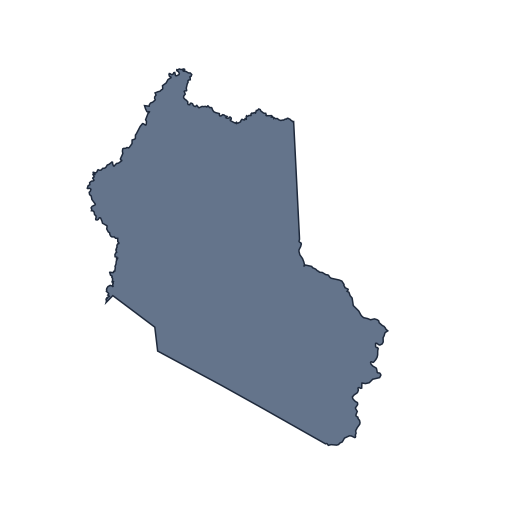 La Mesa, Veraguas, Panama (orthographic projection), rotated 213°
{"feature_id": "35544464B90522605165163", "entity_name": "La Mesa", "entity_type": "district", "adm_level": 2, "iso_a3": "PAN", "parent_name": "Panama", "parent_adm1": "Veraguas", "projection": "orthographic", "projection_center": [-81.193, 8.152], "detail": "fine", "context": "isolated", "style": "filled", "palette": "slate", "viewbox_px": 512, "rotation_deg": 213, "n_neighbors": 0, "source": "geoboundaries", "source_scale": "gbopen_adm2", "svg_char_len": 6107}
<svg xmlns="http://www.w3.org/2000/svg" viewBox="0 0 512 512"><g transform="rotate(213 256 256)"><path d="M102.0,229.7L101.7,230.1L99.9,230.5L99.5,231.3L99.1,234.4L99.3,237.1L100.1,239.3L102.3,242.8L103.1,244.9L104.2,245.4L105.2,244.8L106.4,245.2L108.1,247.8L107.9,248.2L107.0,248.6L104.9,248.4L103.6,248.8L102.3,251.0L102.5,253.2L104.9,256.7L105.1,258.9L105.9,261.4L105.9,262.3L104.7,265.0L107.3,265.4L108.4,266.1L110.3,266.7L112.2,266.5L116.3,267.1L117.9,268.5L119.9,268.5L122.4,267.8L125.2,264.9L128.4,264.3L132.1,262.9L134.2,263.1L136.0,263.7L139.8,265.8L147.4,267.4L152.5,273.1L155.5,274.0L158.3,276.2L160.4,276.0L160.3,277.9L160.7,278.3L164.3,277.9L164.7,278.4L166.3,279.2L166.7,280.1L170.3,281.7L173.1,281.2L180.8,278.3L182.7,278.4L184.6,279.3L185.4,279.3L187.3,278.4L191.4,278.3L194.0,276.9L195.0,277.3L196.5,277.0L198.8,277.5L202.2,277.0L203.6,277.6L209.5,275.4L210.3,273.6L210.7,273.3L210.2,274.0L210.2,274.7L212.6,277.0L215.6,279.2L219.9,280.9L222.6,283.4L223.3,284.7L223.7,288.3L224.5,290.7L225.3,291.4L227.0,291.3L228.0,291.8L228.6,293.7L230.0,295.7L297.7,389.3L298.5,388.6L299.7,389.0L300.7,388.8L301.6,389.2L304.3,388.9L304.8,388.5L305.0,387.4L306.1,386.7L306.9,385.0L308.1,384.2L308.9,383.2L310.8,382.7L313.0,382.9L314.5,381.8L315.9,381.8L316.0,381.1L316.8,381.8L318.6,381.0L318.5,382.0L319.4,382.2L323.7,379.3L324.2,379.4L324.3,379.9L325.6,381.0L326.8,380.2L327.7,380.0L331.1,380.3L332.2,381.1L333.8,380.8L334.1,378.9L335.0,378.3L334.3,375.6L335.5,375.4L336.3,374.0L337.3,373.7L337.6,372.3L336.8,371.4L336.8,371.0L338.5,370.0L339.1,368.5L340.3,368.5L340.1,367.5L338.7,365.5L340.0,365.2L339.7,364.1L340.0,363.6L342.2,363.0L342.4,361.6L342.1,360.0L343.5,357.6L344.0,357.3L345.3,357.6L345.5,356.9L344.6,356.8L344.5,356.5L346.8,356.0L351.2,355.6L351.7,356.2L351.3,357.1L351.6,357.8L352.1,358.3L353.4,358.5L353.7,358.3L353.9,356.8L355.3,355.8L356.5,355.6L356.2,357.3L358.3,356.7L359.5,356.9L360.9,356.4L361.6,354.5L362.6,353.8L363.3,354.1L364.3,355.5L367.8,354.3L369.9,354.0L371.7,354.7L373.8,356.2L374.5,356.1L375.7,355.2L378.1,355.8L378.3,355.6L378.4,354.2L380.0,353.9L381.2,352.8L382.7,352.1L384.4,349.4L385.0,349.2L387.7,350.1L388.3,348.3L389.3,348.0L390.6,348.1L392.1,349.1L393.3,349.0L394.2,348.4L394.0,346.7L395.4,346.1L396.3,346.6L397.1,348.1L399.3,348.7L400.8,348.7L402.7,349.2L403.3,349.8L403.7,351.0L403.5,353.2L405.9,355.0L405.7,355.6L404.3,356.7L404.3,357.1L405.9,358.8L407.4,362.9L407.6,364.8L408.5,365.7L408.4,366.7L407.1,368.0L408.2,369.5L409.0,370.1L408.3,371.3L408.7,373.2L410.8,373.7L412.5,372.7L415.0,372.7L417.5,371.5L418.1,371.6L418.6,372.2L417.4,372.4L417.1,373.2L417.6,373.7L418.4,373.6L420.4,371.5L422.2,371.1L423.0,369.6L423.9,369.2L423.4,368.3L421.3,368.3L419.6,367.2L419.4,366.1L420.6,364.1L421.2,363.6L421.8,363.5L424.1,365.7L424.8,365.0L424.6,363.6L425.1,362.5L425.9,362.1L427.6,362.1L428.1,361.8L427.9,360.9L426.7,359.7L426.2,359.5L424.9,359.8L424.4,359.2L425.9,356.1L425.6,352.2L427.2,347.9L425.5,345.8L425.2,344.8L425.8,344.0L426.3,341.8L427.6,340.5L429.5,337.8L427.5,336.5L427.6,334.2L426.9,333.0L425.7,332.3L425.6,331.6L426.5,328.5L427.5,327.4L427.8,326.6L427.8,324.8L427.2,323.4L431.4,321.4L428.9,319.3L426.2,317.7L425.5,317.7L424.4,318.8L423.9,318.9L423.8,318.2L424.2,316.7L422.8,310.1L421.2,309.3L419.8,306.8L419.7,305.9L420.0,305.6L422.6,305.6L423.3,305.2L423.7,301.5L422.9,293.4L423.0,291.8L421.2,288.9L421.4,287.9L423.1,285.8L421.2,282.8L421.4,278.0L421.7,277.3L423.3,276.7L424.0,275.3L425.7,274.1L426.1,273.3L425.2,271.2L423.5,269.4L422.6,263.5L421.8,263.0L420.7,263.1L420.5,262.7L421.9,259.0L423.4,257.6L424.0,254.0L424.6,253.9L426.4,255.2L427.4,256.5L428.0,256.4L429.1,253.0L430.3,251.3L430.2,248.4L431.0,246.9L432.2,246.2L432.8,243.5L434.0,242.6L435.4,242.4L435.6,241.7L435.2,240.2L435.5,238.8L436.0,238.3L438.1,237.6L438.0,237.1L437.6,236.8L436.9,236.8L436.2,237.2L435.6,236.9L435.5,236.5L436.9,235.5L435.0,234.4L434.9,233.7L435.4,232.8L435.3,232.3L433.7,231.7L433.1,231.1L433.6,230.1L434.8,229.1L435.5,226.9L434.2,225.3L435.1,223.6L434.4,220.9L433.8,220.9L432.2,222.2L430.8,222.1L430.2,220.0L430.6,218.6L429.3,217.1L428.4,216.7L426.9,216.6L424.4,214.0L419.0,212.0L418.8,211.3L420.5,208.3L420.5,206.5L419.3,205.9L418.7,204.3L417.6,205.0L416.2,204.9L415.5,204.5L414.0,202.8L412.1,202.5L411.1,201.3L410.7,199.8L410.2,199.2L409.6,199.3L408.6,199.9L408.2,200.9L408.2,202.8L407.7,203.1L407.0,203.2L404.0,201.2L402.6,199.9L397.5,200.2L396.7,199.2L396.0,197.4L392.9,195.7L391.5,195.8L390.3,194.5L388.8,193.6L387.4,193.5L385.2,194.8L383.4,194.4L381.6,195.5L379.8,192.8L378.0,192.2L377.9,191.6L378.6,190.8L378.5,189.3L377.3,187.5L377.3,186.6L376.9,185.1L376.5,185.2L376.3,184.2L374.9,183.3L375.3,182.2L375.1,180.4L373.8,178.6L372.0,179.2L371.7,178.9L371.5,177.9L370.8,178.5L370.4,175.6L369.0,172.9L368.6,170.5L367.7,169.7L366.2,166.4L366.9,165.8L366.6,164.7L366.9,164.1L367.8,163.9L368.8,163.0L369.6,163.0L369.8,162.6L367.6,160.7L365.7,160.7L365.3,159.6L364.1,159.1L362.9,157.1L362.1,156.9L362.8,156.4L362.7,155.9L362.4,155.7L361.4,156.0L360.8,155.3L361.0,154.5L360.3,153.9L360.3,153.1L359.4,152.8L359.5,152.4L360.5,152.5L361.7,152.0L362.3,152.0L363.5,149.7L363.5,147.6L363.2,146.6L362.5,146.0L362.3,144.9L359.3,144.4L358.9,143.9L359.0,142.5L358.1,142.7L357.1,142.2L358.3,139.8L357.7,139.3L358.3,138.3L357.8,137.5L357.0,137.3L356.4,135.4L354.5,144.8L302.1,141.2L286.7,122.7L214.4,128.7L167.1,131.9L95.4,136.3L94.9,137.0L94.2,137.3L92.2,136.6L90.3,138.7L85.4,141.3L84.1,142.8L83.7,145.0L82.4,147.0L82.6,151.5L79.7,156.1L78.0,157.0L74.3,157.5L73.9,158.0L74.3,159.1L75.2,159.9L75.5,161.8L77.2,163.6L77.6,167.3L77.4,171.5L78.0,172.9L79.6,174.5L81.8,175.2L82.7,176.3L84.5,176.2L85.3,176.6L85.8,177.6L86.4,180.8L89.3,182.2L89.9,182.8L89.8,186.7L90.7,188.0L91.3,188.3L93.3,188.1L95.7,188.6L97.2,189.1L98.4,190.3L98.0,193.1L96.7,196.0L96.6,197.3L97.1,199.3L98.3,200.4L98.5,201.1L98.0,201.8L96.0,202.1L95.4,202.8L97.6,206.4L97.9,207.2L94.7,208.6L92.0,211.4L91.0,216.2L86.1,221.3L86.3,223.9L86.9,224.6L88.5,225.2L90.4,224.3L90.9,224.4L93.4,227.0L94.3,227.5L98.1,227.3L100.5,227.9L101.8,228.9L102.0,229.7Z" fill="#64748b" stroke="#1e293b" stroke-width="1.5"/></g></svg>